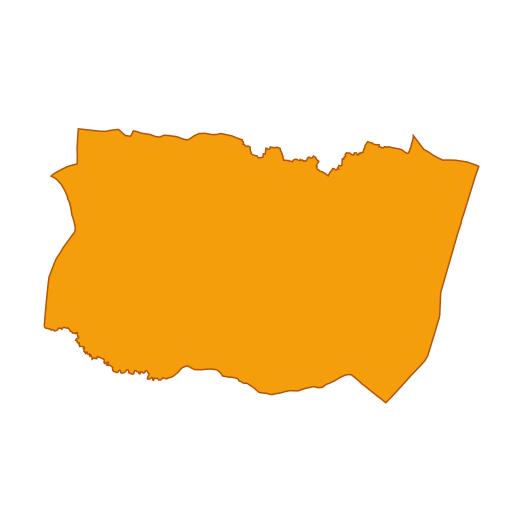 the district of Bati, Takêv, Cambodia, rotated 186°
{"feature_id": "14789045B57652846304947", "entity_name": "Bati", "entity_type": "district", "adm_level": 2, "iso_a3": "KHM", "parent_name": "Cambodia", "parent_adm1": "Takêv", "projection": "mercator", "projection_center": [104.831, 11.274], "detail": "fine", "context": "isolated", "style": "filled", "palette": "amber", "viewbox_px": 512, "rotation_deg": 186, "n_neighbors": 0, "source": "geoboundaries", "source_scale": "gbopen_adm2", "svg_char_len": 6145}
<svg xmlns="http://www.w3.org/2000/svg" viewBox="0 0 512 512"><g transform="rotate(186 256 256)"><path d="M43.8,368.3L46.0,369.2L56.0,371.6L67.5,372.1L74.4,371.6L80.4,370.9L86.3,373.0L90.6,374.9L94.6,377.1L100.3,379.6L112.1,392.2L112.0,389.6L112.5,385.9L112.9,384.7L113.2,383.1L113.2,381.9L113.4,380.7L113.3,379.8L114.0,379.1L114.2,377.5L114.4,376.3L114.9,375.5L115.2,374.2L116.1,373.8L119.6,375.2L121.1,376.4L122.3,377.0L123.9,377.3L128.1,377.7L131.8,378.0L135.7,378.5L136.5,377.9L138.6,378.2L139.7,378.1L140.2,377.2L141.2,376.7L144.1,377.5L145.0,377.3L145.1,378.3L145.1,379.4L146.7,379.4L148.7,379.2L151.1,379.6L151.8,380.5L153.0,380.4L156.9,381.4L157.9,379.6L158.3,378.5L158.9,377.7L159.2,376.6L159.2,375.5L159.4,374.6L159.9,373.5L160.2,371.0L160.5,370.1L161.4,370.2L162.1,369.4L163.3,369.4L163.4,368.4L164.4,368.7L164.6,367.6L165.6,366.9L166.1,367.6L166.8,369.0L168.4,369.0L169.2,368.5L169.2,367.3L169.9,366.5L171.5,366.8L172.2,367.5L173.1,367.9L173.9,368.3L175.4,368.0L176.8,368.1L177.5,367.3L178.0,366.2L177.5,365.4L177.6,364.2L178.7,363.6L178.9,361.5L180.3,361.6L180.1,355.7L180.3,354.8L181.3,354.7L182.1,354.4L183.0,354.7L183.6,352.4L183.0,351.4L184.2,351.6L184.5,350.2L186.0,350.1L187.0,350.7L188.2,351.2L189.0,350.8L189.5,349.4L190.7,347.6L191.3,346.6L192.6,343.3L195.3,344.9L196.1,345.5L198.9,346.6L202.1,347.3L202.6,348.2L204.3,348.7L204.7,350.0L204.6,351.4L205.6,351.9L205.1,352.9L204.4,354.7L203.4,356.5L204.3,357.5L205.2,357.8L206.0,358.4L206.5,359.5L207.1,360.3L209.1,361.4L209.9,360.6L210.3,359.7L211.0,358.9L213.7,359.9L215.1,358.7L215.0,357.8L215.4,356.9L216.2,356.3L216.4,355.4L217.7,355.7L218.5,355.2L219.2,356.0L220.2,356.3L221.0,356.0L222.0,356.6L222.2,355.5L224.1,355.7L225.3,356.3L226.3,356.4L227.5,356.1L228.4,355.6L229.1,354.7L229.6,353.6L232.0,354.0L233.0,354.0L234.0,354.4L235.0,354.3L237.2,354.3L238.4,354.0L238.7,355.1L239.6,356.8L239.6,358.0L240.1,358.8L242.0,362.7L242.7,363.2L242.9,364.7L243.5,365.7L244.4,365.7L245.7,366.2L246.6,366.4L248.4,365.7L251.5,365.7L253.3,365.8L253.4,364.0L254.2,363.5L255.3,363.5L256.3,364.2L257.4,364.2L257.5,358.3L259.3,358.4L259.4,356.5L259.2,355.4L260.6,354.6L261.5,354.4L262.4,354.1L263.8,354.0L264.6,354.6L265.2,355.5L269.8,356.2L271.4,357.4L271.6,358.3L272.7,360.5L273.3,363.8L275.2,364.5L276.1,364.4L277.2,364.0L278.1,364.1L278.7,365.0L279.5,365.7L280.5,365.7L280.3,367.3L280.5,368.3L282.1,369.2L281.8,370.1L286.6,371.2L292.5,372.9L302.2,374.0L303.9,374.1L307.3,372.9L312.1,372.1L319.8,372.7L325.6,371.8L330.2,369.0L334.8,365.0L336.5,364.3L340.2,364.6L346.3,366.2L349.0,366.5L350.6,366.4L354.7,366.7L360.0,366.5L364.3,364.2L368.2,364.3L374.3,365.8L381.0,366.0L384.3,366.4L387.1,367.3L390.5,367.6L391.6,367.1L391.7,365.5L393.3,362.0L398.3,362.1L402.1,364.6L405.5,367.3L406.9,367.4L413.3,365.9L418.9,364.2L425.0,363.8L446.0,363.9L445.9,363.0L445.9,359.0L445.7,354.5L445.2,344.4L444.3,338.1L443.8,332.8L443.4,329.1L444.8,328.4L448.2,327.2L453.3,325.0L459.6,321.0L464.1,317.8L467.3,315.1L468.2,314.0L464.5,312.7L461.9,311.1L459.5,308.9L457.3,307.0L454.5,303.3L452.4,300.1L449.9,295.6L449.2,293.3L447.0,289.5L445.9,286.5L444.6,282.4L443.5,277.9L442.2,275.2L440.5,271.0L439.2,266.9L438.6,264.4L438.7,261.7L439.2,260.1L441.0,257.4L448.9,243.7L450.9,238.9L453.2,234.9L454.5,231.9L455.7,228.2L459.6,213.6L459.8,206.9L459.7,184.7L459.3,165.2L458.9,163.3L458.0,162.4L453.3,161.8L451.9,160.9L450.5,161.5L449.3,161.0L448.5,160.4L447.6,160.7L446.4,161.2L445.4,162.1L445.2,163.3L443.8,163.8L442.5,163.4L441.6,162.8L441.3,163.8L440.4,164.4L439.1,165.1L437.8,164.6L436.4,164.4L435.7,165.0L435.0,164.3L434.1,163.8L433.0,161.9L431.1,161.2L430.6,160.3L429.2,160.2L428.2,160.4L427.3,159.9L426.6,161.2L425.5,161.0L425.6,159.8L425.1,158.8L425.0,157.8L424.3,157.0L423.8,156.1L424.9,155.5L426.0,154.6L426.5,153.2L424.9,152.8L424.8,151.5L424.0,150.9L422.6,151.1L422.8,149.6L421.9,147.6L419.9,147.9L418.8,147.6L417.4,147.6L416.9,146.8L418.0,145.9L417.3,145.3L417.1,143.1L416.3,142.4L415.2,142.7L415.2,141.3L413.8,142.4L413.5,140.9L411.2,141.1L410.2,140.4L411.2,139.8L410.7,138.9L410.0,139.5L408.9,138.5L408.3,137.7L408.2,136.2L406.2,137.8L405.1,137.2L403.6,137.2L403.3,139.3L402.2,139.2L399.6,138.4L398.2,137.8L397.2,137.9L396.0,136.7L396.0,135.2L396.1,134.2L395.0,133.2L392.6,135.1L391.5,134.7L391.8,133.5L392.9,132.9L393.3,132.0L391.7,131.8L390.6,132.0L389.6,131.9L386.9,130.3L387.0,128.8L386.3,127.0L385.5,126.4L384.5,126.2L382.7,125.6L381.7,125.6L380.8,126.4L380.5,127.4L379.5,128.1L378.7,127.5L378.3,125.9L377.2,125.5L375.3,126.0L374.4,126.6L373.4,128.0L372.6,129.2L371.2,129.3L370.5,128.0L370.5,127.0L369.9,126.3L366.7,125.6L365.4,125.9L365.1,127.6L364.8,128.7L364.4,129.5L363.2,129.2L362.2,128.5L360.7,128.2L360.1,126.9L359.2,126.6L358.9,127.5L358.9,128.7L357.9,129.0L356.0,127.8L355.0,128.1L354.3,128.9L354.0,130.2L352.6,130.5L351.9,129.5L350.9,128.3L350.0,127.6L350.2,126.6L350.6,125.6L350.8,124.5L351.3,123.3L351.1,122.4L349.4,122.4L348.5,122.8L347.1,124.2L346.2,124.2L345.9,123.3L345.8,122.0L344.9,121.6L344.5,123.4L343.8,124.0L342.4,123.6L341.3,124.1L339.8,122.5L337.9,122.7L336.8,123.9L335.8,125.3L334.4,124.8L331.9,124.5L330.0,125.8L327.8,126.4L325.7,127.9L322.8,130.7L321.5,132.1L318.0,136.9L314.0,139.3L311.9,139.3L308.2,137.7L304.7,136.6L299.1,137.1L296.2,137.6L291.1,138.7L287.9,138.9L283.6,138.8L282.0,138.1L278.7,135.7L276.6,133.2L270.1,132.7L267.5,132.9L262.6,132.4L261.1,131.9L259.7,129.9L257.2,129.3L256.4,128.6L254.2,128.2L251.3,128.4L249.8,127.5L245.6,125.4L238.7,120.7L237.5,120.5L230.9,120.5L227.9,119.9L225.6,119.8L221.3,121.3L217.7,122.3L215.2,123.2L213.5,124.0L210.1,125.1L207.5,125.7L200.8,126.2L199.1,126.6L195.1,128.7L189.0,130.8L186.2,131.9L183.9,132.1L180.6,131.5L176.5,132.2L174.7,133.8L174.0,134.6L172.1,136.0L169.7,137.1L167.9,138.3L165.3,139.7L159.8,143.9L157.3,145.4L155.2,146.6L153.5,147.3L151.1,147.8L148.7,147.8L145.3,145.7L139.9,142.0L136.5,139.3L134.0,138.1L131.6,136.3L114.1,125.3L111.6,123.6L106.0,130.6L96.1,144.0L89.6,153.0L81.6,163.4L77.4,169.0L74.8,174.6L70.1,198.9L67.4,213.1L67.1,216.1L68.5,238.9L59.8,287.9L58.8,293.2L58.1,298.0L55.4,310.6L55.4,312.8L53.7,320.1L46.3,358.0L43.8,368.3Z" fill="#f59e0b" stroke="#b45309" stroke-width="1.5"/></g></svg>